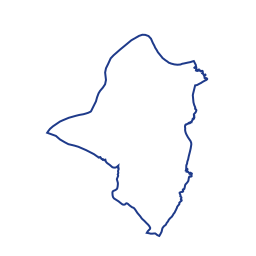 the district of Mayparkngum, Vientiane [prefecture], Laos, rotated 198°
{"feature_id": "54806243B973390148812", "entity_name": "Mayparkngum", "entity_type": "district", "adm_level": 2, "iso_a3": "LAO", "parent_name": "Laos", "parent_adm1": "Vientiane [prefecture]", "projection": "robinson", "projection_center": [102.92, 18.139], "detail": "fine", "context": "isolated", "style": "outline", "palette": "blue", "viewbox_px": 256, "rotation_deg": 198, "n_neighbors": 0, "source": "geoboundaries", "source_scale": "gbopen_adm2", "svg_char_len": 5434}
<svg xmlns="http://www.w3.org/2000/svg" viewBox="0 0 256 256"><g transform="rotate(198 128 128)"><path d="M86.1,212.0L87.2,211.3L89.1,209.9L91.1,208.8L95.2,206.4L96.2,205.9L97.6,204.7L98.2,204.4L99.9,203.7L100.7,203.4L103.6,202.8L107.2,202.6L108.0,202.7L109.3,202.7L111.2,203.4L113.3,204.0L116.4,205.1L117.1,205.4L117.4,205.7L123.0,209.3L124.8,211.0L127.0,212.8L128.3,214.3L130.7,216.6L133.7,220.0L136.9,221.8L140.4,221.9L143.2,221.1L146.0,219.0L151.9,212.5L157.1,204.3L159.6,200.4L164.2,192.7L166.0,188.9L166.7,182.8L167.4,178.0L166.9,173.7L163.8,166.9L163.3,162.5L164.4,158.6L166.0,154.8L166.7,151.9L166.9,147.6L166.7,143.4L167.8,136.1L168.3,132.7L168.6,132.0L170.5,130.2L172.6,128.7L174.7,127.3L178.3,125.4L181.2,123.6L187.5,119.4L192.4,115.2L194.7,113.1L199.9,106.4L201.9,103.1L202.9,100.3L203.4,98.5L194.1,98.2L189.2,96.1L183.7,94.9L179.7,94.2L173.5,94.7L169.4,94.8L161.0,94.0L152.3,92.6L149.4,91.7L148.5,91.4L147.9,91.4L147.3,91.0L146.9,90.8L146.5,90.8L146.2,91.0L145.9,91.3L145.7,91.7L145.5,91.8L145.4,91.8L144.7,91.3L143.7,90.4L143.3,90.3L142.9,90.4L142.6,90.6L142.4,90.6L142.1,90.0L141.9,90.1L141.5,90.5L141.4,90.5L141.1,90.1L140.8,90.0L140.6,90.0L140.1,90.4L139.7,90.8L139.5,90.5L139.0,89.6L138.6,89.2L138.1,88.8L137.6,88.5L136.7,88.1L134.1,87.3L132.9,86.8L130.8,85.9L130.0,85.9L129.0,86.0L128.5,86.2L127.7,86.5L127.3,86.8L126.5,87.7L125.6,89.2L125.4,88.2L125.0,87.7L125.2,87.3L125.2,87.2L124.9,86.9L124.8,86.6L124.4,86.5L124.2,86.2L124.2,84.5L124.2,84.1L124.0,83.5L123.5,82.7L123.4,82.2L123.3,81.9L123.4,80.8L123.4,80.6L122.8,80.0L122.6,79.4L122.6,79.0L122.8,75.9L120.7,72.7L120.3,71.6L119.8,69.3L119.6,67.4L119.8,66.4L120.8,65.1L122.5,63.6L122.9,62.9L122.9,61.9L122.4,60.5L121.8,59.1L120.9,57.7L119.6,56.7L114.2,55.3L113.0,54.8L110.0,53.7L109.0,53.6L108.0,53.9L107.3,54.3L106.4,55.8L105.9,56.0L104.6,55.8L102.7,54.9L99.7,53.9L97.9,53.8L96.8,53.2L95.8,52.5L92.8,50.1L88.9,47.7L87.5,46.6L86.4,45.9L83.7,44.7L80.9,43.2L79.0,42.3L77.2,41.1L76.0,39.8L75.9,39.2L75.9,38.8L77.3,35.9L77.7,34.1L75.4,34.4L73.9,34.5L72.5,34.9L70.5,35.8L69.5,36.1L68.5,35.8L67.3,35.3L65.4,35.0L64.9,35.0L64.7,35.9L64.5,36.7L64.0,39.7L64.3,43.2L64.0,44.3L63.5,45.6L63.0,46.4L62.6,46.9L62.3,47.4L62.1,47.8L61.9,49.4L61.6,50.3L61.2,51.3L61.0,52.1L61.0,52.6L60.7,53.7L60.3,54.6L59.8,55.7L59.1,56.8L58.8,57.5L58.2,59.8L58.1,60.7L57.9,61.1L57.7,61.4L57.5,62.1L57.2,64.4L57.0,65.2L57.0,66.1L56.8,66.9L56.9,67.8L56.8,68.4L56.4,69.7L55.7,71.2L55.7,71.5L55.7,71.8L56.1,72.5L56.1,72.8L55.6,73.7L55.3,74.4L54.9,74.9L54.7,75.1L54.6,75.5L54.6,75.8L54.8,76.1L55.0,76.2L55.5,76.3L55.7,76.5L55.8,76.7L55.6,77.7L55.6,78.1L55.7,78.3L55.9,78.6L56.2,78.8L57.1,79.1L57.2,79.3L57.2,80.2L58.7,81.9L58.9,82.3L58.9,82.5L58.5,82.9L57.0,84.0L56.4,84.1L56.1,84.5L56.0,85.0L56.2,85.5L56.6,85.8L56.8,86.3L56.5,86.9L56.2,87.1L55.8,87.2L55.6,87.7L55.7,88.1L55.7,88.9L56.0,91.3L55.9,92.1L55.1,93.8L54.7,94.8L54.3,96.4L54.4,97.1L54.8,100.1L54.6,100.7L54.4,101.0L53.6,101.0L53.3,101.1L52.7,101.6L52.6,102.0L53.6,103.2L53.7,103.5L53.1,104.1L53.2,104.4L53.7,104.5L54.7,104.8L55.0,104.6L55.1,104.1L55.1,103.5L55.3,103.4L55.7,103.8L56.0,104.2L56.9,104.6L57.1,104.8L57.4,105.0L57.7,104.9L58.1,104.6L58.4,104.6L59.0,104.6L59.3,105.4L59.1,105.8L58.9,106.0L58.8,106.3L58.7,106.9L58.7,107.2L58.9,107.4L59.3,107.5L59.4,107.4L59.5,107.3L59.5,107.0L59.4,106.9L59.4,106.7L59.6,106.3L59.9,106.1L59.9,106.6L60.4,108.4L60.9,110.1L61.0,111.0L60.9,111.7L60.8,112.3L61.1,113.7L61.2,114.8L61.1,116.7L61.3,118.2L61.5,120.1L61.8,124.8L62.1,128.1L62.7,131.9L63.3,133.4L63.6,133.8L64.5,134.9L68.1,137.7L69.7,139.2L70.9,140.4L71.8,141.5L72.6,142.8L73.1,143.8L73.5,145.4L74.2,146.8L74.4,147.8L74.4,148.6L74.2,149.1L73.9,149.1L73.5,149.3L73.2,149.9L73.0,150.1L72.6,150.3L72.3,150.5L72.2,150.7L72.0,151.0L72.0,151.5L71.8,151.7L71.6,151.8L71.5,151.7L71.4,151.4L71.2,151.4L71.0,151.5L71.0,152.1L70.9,152.2L70.6,152.0L70.5,151.9L70.4,152.0L70.4,152.8L69.8,152.9L69.6,153.2L69.4,153.2L69.4,153.4L69.5,153.5L69.6,153.8L69.3,154.4L69.3,155.1L69.2,155.6L69.2,155.8L68.7,156.2L68.6,156.4L68.7,156.7L69.0,156.9L68.9,157.0L68.4,156.9L68.2,157.2L68.3,157.3L68.7,157.9L68.7,158.1L68.2,158.0L68.1,158.4L68.5,159.0L68.6,159.3L68.6,159.9L68.7,160.0L69.1,160.1L69.2,160.3L69.2,160.6L69.5,161.2L69.6,161.4L69.4,161.9L69.2,162.3L68.6,163.6L68.5,164.1L68.4,165.1L68.5,166.1L68.9,166.5L69.1,166.6L69.4,166.6L69.7,166.8L70.0,166.9L70.1,167.0L70.0,167.4L70.4,168.0L70.4,168.3L72.2,170.4L73.7,172.7L76.5,179.2L76.7,180.8L77.3,189.3L75.9,190.0L75.3,190.5L74.3,191.6L72.3,193.6L71.4,194.8L69.9,196.4L69.6,196.9L69.2,197.3L68.9,197.3L68.3,198.0L67.8,198.8L67.8,199.1L68.3,199.5L68.6,199.6L69.3,199.6L69.8,199.3L70.2,199.2L70.5,199.2L70.7,199.3L71.0,200.2L71.4,200.7L71.4,201.0L71.4,201.3L71.2,201.7L71.0,202.0L70.7,202.3L70.8,202.6L71.0,202.7L71.8,201.7L72.1,201.7L72.2,201.9L72.3,202.1L72.9,202.2L73.0,202.4L73.2,202.8L73.6,203.1L73.8,203.1L74.1,203.0L74.3,203.0L74.2,203.5L74.0,203.8L74.0,204.0L74.1,204.3L74.4,204.5L74.5,205.0L74.8,205.3L75.1,205.3L75.5,205.0L75.9,204.9L76.2,204.5L76.4,204.4L76.6,204.6L76.7,204.9L77.0,205.0L77.5,204.9L77.8,205.0L78.0,204.8L78.0,204.5L78.2,204.4L78.5,204.5L78.5,205.3L78.7,205.5L79.7,204.5L79.7,204.1L79.5,203.9L79.8,203.6L80.2,203.6L81.2,203.7L81.3,204.4L81.2,205.1L81.5,206.1L81.6,206.4L81.8,206.7L82.2,206.7L82.5,206.5L82.7,206.0L83.0,205.8L83.3,205.7L83.5,205.8L83.4,206.1L83.2,206.5L82.6,207.0L82.4,207.7L82.6,207.9L82.9,208.8L86.1,212.0Z" fill="none" stroke="#1e3a8a" stroke-width="2"/></g></svg>